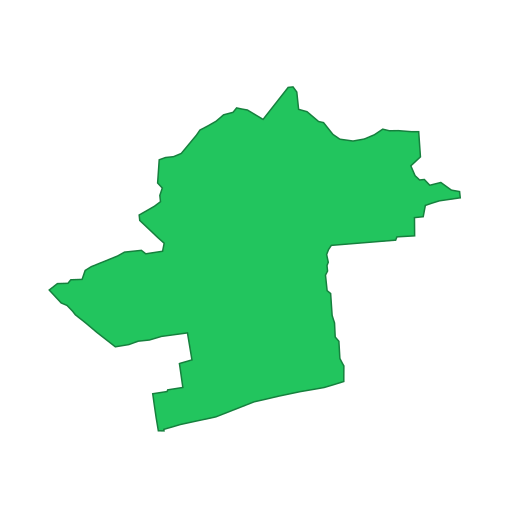 the district of Serhetabat, Mary, Turkmenistan, rotated 174°
{"feature_id": "10190150B87689177497329", "entity_name": "Serhetabat", "entity_type": "district", "adm_level": 2, "iso_a3": "TKM", "parent_name": "Turkmenistan", "parent_adm1": "Mary", "projection": "robinson", "projection_center": [62.585, 35.938], "detail": "fine", "context": "isolated", "style": "filled", "palette": "green", "viewbox_px": 512, "rotation_deg": 174, "n_neighbors": 0, "source": "geoboundaries", "source_scale": "gbopen_adm2", "svg_char_len": 2031}
<svg xmlns="http://www.w3.org/2000/svg" viewBox="0 0 512 512"><g transform="rotate(174 256 256)"><path d="M86.6,316.0L89.4,319.2L92.6,329.5L82.9,336.8L82.1,337.4L81.3,360.2L81.2,362.6L88.5,363.4L101.4,365.8L110.3,366.6L116.7,368.9L125.6,364.2L136.2,361.0L147.5,360.2L160.4,363.4L166.8,368.9L174.9,381.6L179.7,383.2L190.2,394.2L198.3,397.4L198.3,406.9L198.3,414.8L201.5,420.3L206.4,420.3L234.7,391.1L249.3,402.1L254.9,403.7L259.8,405.3L263.8,401.3L273.5,399.8L281.6,394.2L290.5,390.3L298.6,387.1L302.6,382.4L319.6,365.8L327.6,363.4L335.7,363.4L342.2,361.8L346.2,338.9L342.1,333.4L345.3,326.3L345.3,320.0L351.8,316.1L367.9,309.0L367.9,303.5L351.7,284.6L346.0,278.3L348.4,270.5L365.4,269.7L369.4,273.6L386.4,273.6L393.6,270.5L421.0,262.6L427.4,259.5L431.4,250.9L442.7,251.7L445.9,248.5L456.4,249.3L465.2,243.8L464.8,243.2L458.8,235.2L456.9,232.7L454.7,229.7L449.1,226.6L444.2,220.3L441.8,216.4L437.9,212.6L435.3,210.1L432.1,206.9L422.4,196.8L405.4,180.4L391.7,181.2L382.1,183.6L370.8,183.6L359.5,185.7L358.7,185.9L332.2,186.7L330.6,160.1L330.5,159.4L334.8,158.6L342.7,157.2L343.4,157.0L343.2,152.4L342.5,132.9L357.8,132.1L358.6,130.5L373.1,129.8L372.7,117.8L372.2,105.6L371.9,100.6L371.4,92.4L365.8,91.7L365.8,93.2L361.6,94.0L356.9,94.8L348.9,96.3L334.4,97.9L312.8,100.2L273.4,111.1L272.8,111.2L261.8,112.5L248.5,114.2L226.0,116.5L221.2,116.8L211.8,117.4L201.9,118.1L192.3,119.9L181.8,122.0L181.4,125.9L180.2,136.7L180.1,137.5L181.2,140.0L183.3,145.3L182.9,153.7L182.5,162.5L184.1,164.8L185.7,167.2L184.9,181.2L185.8,185.4L186.5,189.0L185.7,210.9L188.0,213.2L188.9,214.1L188.9,215.2L188.9,229.7L186.4,233.6L186.4,238.2L186.4,239.1L184.8,242.2L185.6,250.1L183.2,254.8L181.4,257.0L180.3,258.3L179.9,258.7L116.0,257.2L115.5,257.1L113.8,260.3L96.9,259.5L96.1,259.5L96.1,259.8L94.4,277.4L94.4,277.6L87.0,277.6L85.6,277.6L82.8,286.9L82.3,288.6L75.8,290.1L67.8,291.7L47.6,292.5L46.8,292.5L46.8,298.8L54.8,301.1L64.5,309.8L65.2,309.7L75.8,308.2L80.6,314.5L85.4,314.5L86.6,316.0Z" fill="#22c55e" stroke="#15803d" stroke-width="1.5"/></g></svg>